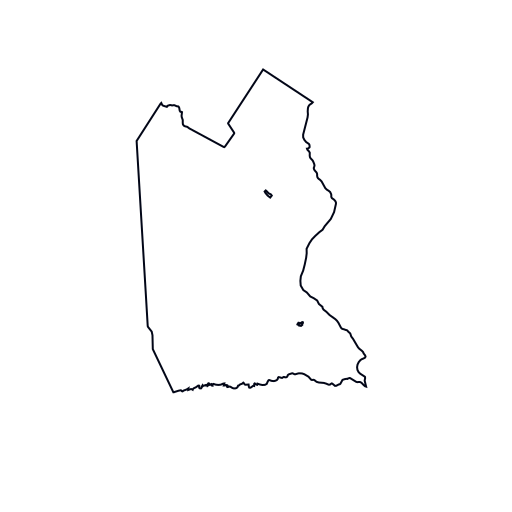 map outline of Central (Albers equal-area conic projection), rotated 34°
{"feature_id": "BWA-2630", "entity_name": "Central", "entity_type": "District", "adm_level": 1, "iso_a3": "BWA", "parent_name": "Botswana", "parent_adm1": "", "projection": "albers", "projection_center": [27.183, -21.474], "detail": "fine", "context": "isolated", "style": "outline", "palette": "ink", "viewbox_px": 512, "rotation_deg": 34, "n_neighbors": 0, "source": "natural_earth", "source_scale": "10m", "svg_char_len": 5310}
<svg xmlns="http://www.w3.org/2000/svg" viewBox="0 0 512 512"><g transform="rotate(34 256 256)"><path d="M217.1,96.8L216.9,98.2L215.9,100.6L215.8,101.9L216.0,103.4L216.5,104.6L218.0,107.2L219.9,109.6L221.3,112.4L227.2,129.0L228.8,131.3L231.2,132.7L233.9,133.5L237.1,133.5L237.8,133.8L238.4,134.2L238.8,134.8L239.5,135.6L239.6,136.1L239.2,137.4L238.7,138.2L238.3,138.5L239.1,139.1L239.6,139.3L241.4,139.6L242.8,140.3L244.5,142.9L245.6,144.0L246.7,144.5L249.1,145.0L250.3,145.5L252.7,147.1L253.8,148.1L254.3,149.3L254.7,150.8L255.6,151.6L256.7,152.2L259.4,152.9L260.3,153.4L260.5,153.6L261.0,154.1L261.8,155.3L262.8,156.3L263.8,156.8L265.0,157.0L266.4,157.0L268.7,157.5L275.5,161.0L277.7,161.4L279.7,161.3L281.7,161.5L283.7,162.7L284.3,163.3L285.3,164.8L286.0,165.3L286.7,165.6L287.3,165.6L287.9,165.6L288.7,165.6L289.9,165.8L291.2,166.2L292.3,166.9L293.1,168.0L296.2,176.0L297.3,183.5L296.3,192.8L296.5,197.1L295.2,200.8L293.9,206.2L293.1,210.8L293.1,215.3L293.9,221.7L296.5,225.4L298.6,229.5L301.2,235.9L303.3,241.8L304.5,247.7L306.7,251.8L309.6,255.5L314.3,257.8L318.5,257.8L323.6,259.2L327.4,258.7L331.6,258.7L335.0,260.6L339.5,261.0L340.2,261.8L341.1,262.3L342.0,262.7L345.5,262.9L350.0,263.8L357.1,264.0L359.3,264.4L361.7,265.3L366.5,267.9L367.8,268.2L368.8,268.0L369.8,267.6L371.9,267.1L372.5,266.8L373.2,266.7L375.1,267.2L376.9,267.4L377.7,267.7L380.0,269.5L382.7,270.4L391.5,274.6L393.3,275.1L396.9,275.4L398.6,275.8L399.7,276.6L402.1,277.4L403.1,278.2L403.2,279.4L402.4,280.9L401.4,282.4L400.8,283.8L400.5,286.5L400.9,289.3L402.0,291.7L403.8,293.7L406.0,294.9L408.2,295.3L413.8,295.2L414.1,295.4L414.7,296.2L415.0,296.7L415.5,298.0L415.8,298.6L420.3,302.7L419.2,303.0L417.5,302.8L414.3,302.1L412.7,302.3L411.6,303.0L410.6,303.9L409.5,304.3L402.3,304.6L401.8,304.8L400.5,306.5L400.5,306.8L399.6,307.3L398.4,308.5L397.0,310.3L397.4,314.8L397.1,315.6L396.5,316.1L395.1,318.7L394.1,319.5L391.5,319.2L390.1,319.2L389.6,320.1L389.2,321.3L388.3,322.0L387.1,322.3L385.8,322.5L383.2,323.3L378.9,325.7L376.8,326.4L375.2,326.4L374.1,326.2L373.0,326.4L371.7,327.5L370.8,327.7L367.0,326.7L362.1,327.0L359.9,327.6L357.7,328.9L356.8,329.6L354.6,332.2L354.0,332.5L352.6,332.7L351.9,332.8L351.4,333.2L349.5,335.6L349.2,336.2L349.0,337.0L349.2,337.8L349.3,338.3L349.3,338.8L348.9,339.6L348.3,340.1L347.7,340.4L347.1,340.5L346.6,340.8L346.4,341.1L346.0,342.1L345.8,342.5L344.9,342.9L343.5,343.3L342.4,343.8L342.3,344.5L342.8,345.9L342.6,347.3L341.8,348.6L340.9,349.6L340.1,350.1L339.0,350.7L337.7,351.1L336.6,351.3L335.9,351.9L335.9,353.4L336.4,356.1L335.4,357.9L333.4,359.4L330.9,360.4L328.6,361.0L329.0,362.1L328.1,362.5L326.8,362.4L326.2,362.3L326.0,362.8L326.2,363.3L326.5,363.7L326.6,364.0L326.9,364.5L327.1,364.8L326.8,364.9L326.7,365.0L326.2,365.3L325.3,367.8L324.9,368.4L324.1,368.9L323.3,368.5L321.7,366.7L319.3,368.6L318.6,368.8L317.8,368.6L317.0,368.2L316.3,368.1L315.8,369.9L314.7,371.2L314.4,372.2L314.4,372.5L314.2,372.9L314.0,373.2L313.8,373.3L313.7,373.4L313.7,373.9L313.9,374.4L314.0,374.8L313.7,376.3L312.8,377.4L311.6,378.2L310.3,378.6L307.9,378.7L307.1,379.0L306.5,379.6L306.0,380.3L305.5,380.7L304.6,380.3L305.1,379.4L304.6,379.2L303.7,379.5L303.0,379.9L302.8,380.3L302.3,381.0L301.7,381.4L301.0,379.4L300.2,380.1L298.8,382.3L297.8,383.2L296.8,384.0L294.5,385.2L292.3,385.8L291.7,386.6L292.5,387.8L291.9,388.1L291.4,388.1L290.9,387.9L290.5,387.4L290.3,387.7L289.9,388.3L289.6,388.7L289.2,388.1L288.5,387.9L287.9,388.0L287.6,388.5L287.9,389.3L288.4,389.7L288.7,390.1L288.4,390.9L287.7,390.4L287.0,390.5L286.5,391.0L286.0,391.7L286.4,391.7L285.3,392.5L285.0,392.9L284.8,393.5L284.4,393.3L284.0,393.1L284.1,394.4L284.5,395.5L284.5,396.4L283.6,397.1L282.6,397.0L282.1,396.3L281.8,395.5L281.2,395.3L280.6,395.7L279.6,398.4L278.4,400.4L278.1,401.6L278.3,402.3L277.9,402.3L276.8,402.5L276.1,403.1L274.7,405.0L274.5,404.7L274.0,404.0L273.9,403.7L273.4,404.9L272.8,405.9L271.5,407.7L271.2,408.1L270.9,409.1L270.7,409.4L270.2,409.5L269.1,409.3L268.7,409.4L267.2,410.9L264.5,414.3L264.4,414.4L264.2,414.8L264.0,415.0L263.7,415.2L222.5,390.9L214.5,379.6L211.8,377.0L206.5,375.3L205.8,375.0L205.3,374.5L187.8,351.6L92.7,227.4L91.7,183.4L91.9,182.1L93.5,183.1L94.3,183.3L95.0,183.3L98.7,182.2L98.8,181.8L98.7,181.5L98.6,181.1L98.7,180.9L100.0,179.2L100.5,178.8L101.0,178.5L101.8,178.3L102.4,178.0L103.4,177.0L104.1,176.6L106.4,176.2L107.2,175.9L107.7,175.5L108.3,175.5L109.2,175.9L109.9,176.5L111.5,178.2L112.7,178.7L113.5,178.2L114.2,178.1L115.9,181.4L116.8,182.4L119.2,184.2L120.9,186.7L121.9,187.8L123.3,188.3L124.5,188.2L126.7,187.4L127.9,187.4L128.8,187.5L129.5,187.5L168.1,183.7L168.8,183.5L169.0,182.9L169.1,182.1L169.4,167.1L169.3,166.4L168.9,166.0L158.9,161.8L158.8,161.7L158.6,161.5L157.6,97.4L158.2,97.4L217.1,96.8L217.1,96.8ZM231.6,197.0L228.5,196.3L227.4,196.2L227.1,197.7L228.7,198.5L231.9,199.4L235.1,199.6L235.3,197.1L233.9,196.6L232.5,196.8L231.6,197.0ZM330.6,289.6L331.1,289.4L331.6,289.1L332.4,288.8L332.6,288.2L332.7,287.6L332.9,287.3L332.8,287.1L332.3,286.7L332.3,286.1L332.4,285.6L332.2,285.0L331.9,284.7L331.3,284.9L331.0,285.5L331.0,285.9L330.5,286.5L330.5,287.1L329.9,287.4L329.5,287.4L329.1,287.3L328.5,287.6L328.5,287.9L328.6,288.1L328.7,288.4L328.5,288.8L328.5,289.3L328.6,289.6L329.2,289.5L329.7,289.1L330.2,289.2L330.6,289.6Z" fill="none" stroke="#020617" stroke-width="2"/></g></svg>